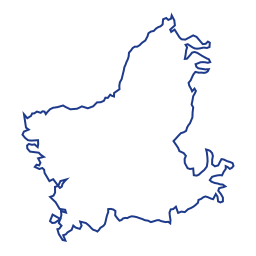 the district of Três de Maio, Rio Grande do Sul, Brazil
{"feature_id": "56859067B28717369395740", "entity_name": "Três de Maio", "entity_type": "district", "adm_level": 2, "iso_a3": "BRA", "parent_name": "Brazil", "parent_adm1": "Rio Grande do Sul", "projection": "equal_earth", "projection_center": [-54.244, -27.716], "detail": "fine", "context": "isolated", "style": "outline", "palette": "blue", "viewbox_px": 256, "rotation_deg": 0, "n_neighbors": 0, "source": "geoboundaries", "source_scale": "gbopen_adm2", "svg_char_len": 4130}
<svg xmlns="http://www.w3.org/2000/svg" viewBox="0 0 256 256"><path d="M222.0,175.4L223.7,171.8L225.8,168.8L225.7,166.1L227.6,167.0L229.8,168.9L231.9,167.8L233.5,165.9L232.6,163.1L229.8,161.9L227.2,161.2L223.8,159.5L221.5,159.1L219.9,162.0L218.2,165.4L214.9,166.3L212.1,164.2L212.2,159.6L212.9,156.0L212.1,153.1L210.1,150.9L208.3,150.1L206.1,149.5L206.8,152.2L207.4,157.2L207.6,161.3L207.2,164.1L206.8,166.6L204.3,169.9L201.2,172.5L198.8,174.7L196.7,175.6L193.8,175.2L193.2,168.5L190.0,169.0L187.6,168.2L184.8,163.0L184.6,158.9L185.9,155.9L183.7,153.1L181.6,152.1L179.4,151.1L178.2,148.0L176.4,145.3L173.5,141.1L175.5,139.0L177.8,136.4L180.8,133.2L183.6,132.3L186.1,130.9L187.1,127.5L188.3,125.4L190.0,123.2L191.1,120.5L192.4,117.4L192.6,112.4L193.2,107.4L191.6,104.5L192.4,100.8L193.2,96.2L194.8,93.4L195.9,91.0L194.5,88.6L192.1,91.3L191.0,88.7L189.3,85.7L188.6,82.8L190.7,80.3L192.0,77.3L193.4,74.4L195.4,71.9L198.9,72.7L201.6,72.6L203.8,72.9L206.0,72.5L207.8,71.3L208.8,69.2L205.4,69.4L201.6,68.8L198.3,68.3L196.3,66.7L195.6,64.2L197.5,63.5L200.3,62.3L203.3,62.1L205.9,62.4L207.9,62.8L210.2,62.1L208.9,59.3L206.9,58.5L204.9,57.4L202.5,56.1L200.2,54.7L197.2,52.8L194.5,52.0L192.1,52.6L189.9,55.4L187.0,58.7L184.8,58.9L185.6,54.8L186.2,50.2L187.1,47.4L185.6,44.8L187.7,44.2L190.0,45.7L192.6,47.4L194.7,48.4L197.1,48.7L199.9,48.4L203.0,47.7L204.9,47.7L206.9,48.0L209.5,47.0L209.8,42.7L207.9,41.6L205.7,43.8L202.7,44.1L196.6,36.9L193.2,35.4L185.3,39.6L181.6,39.3L179.6,37.5L174.6,29.6L171.2,31.9L170.2,29.6L174.9,25.4L174.3,20.4L171.7,15.4L171.0,18.7L168.3,19.9L166.2,18.0L163.1,19.3L162.6,24.5L160.4,26.4L158.5,27.0L156.2,28.4L153.8,30.9L150.8,31.6L148.4,33.3L147.5,36.4L145.3,40.5L142.0,42.8L139.6,45.2L137.2,46.7L134.7,46.7L132.6,48.1L131.1,50.3L129.0,52.7L128.6,56.8L127.7,59.5L126.4,62.2L125.5,64.8L124.4,67.1L123.7,70.8L122.9,74.0L121.7,79.0L119.9,82.3L119.3,85.7L119.5,89.2L114.1,93.0L114.0,96.5L111.9,95.8L110.2,94.7L107.8,97.9L105.4,97.7L103.9,100.8L100.8,102.2L97.0,102.4L93.2,106.3L87.8,108.3L81.9,106.4L77.2,108.7L70.4,109.3L65.4,106.9L63.1,105.5L57.6,107.1L53.0,107.8L50.1,109.2L47.4,112.0L45.8,114.1L44.5,111.6L42.5,111.3L40.7,112.8L36.9,111.6L34.2,113.4L32.1,113.5L31.0,115.9L27.3,118.2L24.0,114.3L26.0,127.6L28.7,129.6L23.9,131.6L22.5,134.7L25.1,137.9L28.0,140.2L31.0,140.6L38.0,140.2L38.2,144.1L37.7,147.1L34.6,144.4L32.0,144.8L28.8,144.0L27.1,145.5L27.3,148.5L30.0,151.6L38.8,152.7L40.4,154.5L43.8,156.9L38.1,158.3L40.4,162.7L39.2,165.4L36.6,164.7L34.8,166.9L39.3,169.0L42.3,168.0L44.1,169.7L44.6,173.0L46.7,176.5L49.4,181.1L53.2,179.2L58.2,185.9L55.0,186.9L55.1,192.5L53.5,195.7L50.1,196.9L53.2,199.9L55.6,202.2L59.6,208.9L65.2,209.8L66.0,212.6L61.0,211.1L61.4,215.2L60.3,218.9L58.8,223.0L61.5,225.7L59.3,228.7L57.4,229.2L58.8,234.0L62.6,240.0L65.4,240.6L63.2,235.2L65.8,234.4L67.5,232.4L71.6,229.9L73.3,225.6L75.7,227.6L79.8,228.9L81.6,225.7L80.2,221.6L83.4,222.4L85.8,223.0L87.5,224.3L89.4,226.0L91.2,228.0L93.2,229.8L95.5,230.5L97.4,231.5L99.0,229.9L100.3,227.9L103.5,225.8L104.9,224.0L105.6,221.4L106.2,218.6L107.1,215.1L108.2,212.3L108.2,209.1L110.7,208.9L113.3,209.5L115.4,211.0L115.2,215.4L117.6,218.6L119.5,220.7L121.5,220.0L123.1,218.4L125.3,217.9L127.3,218.1L129.4,217.0L131.7,216.3L133.7,216.5L136.7,217.1L139.4,218.1L142.0,218.9L144.9,220.2L148.2,220.7L150.8,222.1L153.7,221.3L156.7,220.3L158.9,220.1L161.1,221.1L165.6,222.1L168.3,221.8L170.2,223.3L170.5,220.1L169.8,215.7L169.5,212.6L170.7,209.4L173.2,209.1L175.9,206.7L178.1,212.9L181.4,211.6L184.8,212.1L188.1,209.2L191.0,208.0L193.5,206.6L195.7,204.9L198.0,202.7L198.5,199.9L201.1,198.9L203.4,197.2L205.4,196.5L207.6,197.1L211.0,198.6L213.1,199.2L214.3,196.9L215.8,194.0L217.5,196.7L218.1,201.4L220.4,202.4L222.9,201.4L222.9,197.6L220.9,194.0L218.3,190.8L219.0,188.3L221.1,187.6L223.3,187.2L225.3,186.4L222.6,184.5L220.3,184.4L217.7,183.5L214.8,183.0L211.5,181.7L209.8,180.1L212.1,176.8L215.5,175.8L217.5,175.4L219.9,175.1L222.0,175.4ZM58.2,185.9L60.4,181.1L66.5,179.4L64.4,181.5L62.5,184.0L61.8,186.6L59.9,187.9L58.2,185.9ZM60.3,218.9L52.6,214.6L50.0,221.1L52.3,223.0L55.0,222.7L60.3,218.9Z" fill="none" stroke="#1e3a8a" stroke-width="2"/></svg>